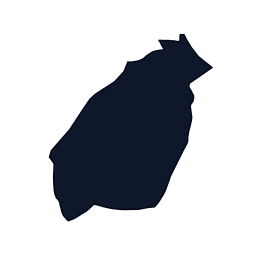 Sirwah, Ma'rib, Yemen, rotated 100°
{"feature_id": "15242507B46939016303647", "entity_name": "Sirwah", "entity_type": "district", "adm_level": 2, "iso_a3": "YEM", "parent_name": "Yemen", "parent_adm1": "Ma'rib", "projection": "equal_earth", "projection_center": [45.022, 15.441], "detail": "fine", "context": "isolated", "style": "filled", "palette": "ink", "viewbox_px": 256, "rotation_deg": 100, "n_neighbors": 0, "source": "geoboundaries", "source_scale": "gbopen_adm2", "svg_char_len": 4121}
<svg xmlns="http://www.w3.org/2000/svg" viewBox="0 0 256 256"><g transform="rotate(100 128 128)"><path d="M63.1,139.6L63.7,139.7L72.0,141.4L73.0,141.6L84.9,149.2L86.5,151.0L91.8,156.7L100.3,165.8L106.1,170.3L114.0,173.9L117.8,175.6L139.7,185.0L157.6,195.9L163.8,199.5L164.7,199.6L170.2,200.2L174.6,195.8L175.7,194.8L176.8,194.3L179.3,194.0L184.3,193.3L187.4,193.0L191.7,192.2L198.8,190.6L202.8,189.5L205.8,188.3L208.1,187.0L209.0,186.4L209.3,186.1L209.8,185.3L210.5,184.5L211.2,183.8L211.5,183.5L212.0,183.1L212.8,182.6L213.6,182.1L214.4,181.8L215.2,181.5L216.0,181.2L216.8,180.8L217.6,180.4L218.5,180.0L219.3,179.7L220.2,179.3L221.0,178.9L221.8,178.5L222.6,178.1L223.3,177.7L224.1,177.2L224.9,176.6L225.6,176.0L226.2,175.3L226.8,174.5L227.4,173.8L228.0,173.1L228.7,172.3L229.2,171.5L229.6,170.6L229.5,170.4L228.9,169.6L228.4,168.7L227.9,167.7L227.4,166.9L226.8,166.0L226.2,165.1L225.4,164.1L224.7,163.4L224.2,162.7L223.5,162.0L222.9,161.3L222.2,160.5L221.5,159.8L220.8,159.1L220.2,158.4L219.5,157.6L218.8,156.8L218.1,156.0L217.3,155.1L216.6,154.4L215.8,153.7L215.1,153.1L214.3,152.4L213.5,151.8L212.7,151.3L211.9,150.6L211.2,150.1L210.4,149.5L209.6,148.9L208.9,148.4L208.9,147.3L208.9,146.1L209.0,144.9L209.1,143.7L209.1,142.7L209.3,141.5L209.4,140.5L209.6,139.1L209.7,137.8L209.7,136.6L209.8,135.5L209.8,134.4L209.9,133.1L210.0,131.9L209.9,130.6L209.9,129.5L209.9,128.2L209.8,127.1L209.7,125.8L209.6,124.6L209.6,123.4L209.5,122.3L209.3,120.8L209.2,119.6L209.0,118.2L208.8,117.1L208.6,116.0L208.4,114.9L208.1,113.6L207.9,112.5L207.7,111.2L207.4,110.1L207.2,108.9L207.0,107.9L206.9,107.4L206.8,106.7L206.5,105.4L206.3,104.3L206.0,103.2L205.7,102.3L205.3,101.3L204.9,100.2L204.4,99.0L204.0,97.9L203.5,96.6L203.1,95.5L202.7,94.4L202.4,93.3L202.1,92.2L201.8,91.2L201.4,89.9L201.1,88.8L201.0,88.2L200.8,88.1L200.0,87.6L199.2,87.1L198.4,86.6L197.6,86.2L196.9,85.9L196.1,85.5L195.4,85.0L194.6,84.7L193.7,84.3L192.8,83.9L192.0,83.6L191.2,83.4L190.4,83.0L189.5,82.6L188.6,82.2L187.9,82.0L186.9,81.6L186.1,81.4L185.2,81.1L184.4,80.9L183.6,80.7L182.7,80.4L181.9,80.3L181.1,80.1L180.2,80.0L179.4,79.9L178.6,79.7L177.8,79.5L177.0,79.4L176.2,79.3L175.3,79.1L174.4,79.0L173.6,78.8L172.7,78.6L171.8,78.5L170.9,78.3L169.8,78.3L169.0,78.2L163.0,76.5L159.0,75.3L150.0,72.6L139.3,69.5L138.3,69.1L137.4,68.8L136.5,68.5L135.6,68.2L134.8,67.9L134.0,67.6L133.1,67.4L132.2,67.2L131.2,67.1L130.3,67.1L129.4,67.2L128.4,67.3L127.6,67.5L126.6,67.6L125.6,67.7L124.8,67.7L124.0,67.7L122.9,67.8L121.9,67.7L120.9,67.7L120.0,67.7L119.1,67.6L118.1,67.5L117.2,67.4L116.2,67.3L115.3,67.3L114.4,67.2L113.6,67.2L112.8,67.2L111.8,67.1L110.8,67.0L109.8,67.0L108.8,67.0L107.9,67.1L106.8,67.2L105.9,67.3L104.9,67.6L104.1,67.9L103.0,68.2L102.0,68.6L101.2,68.8L100.4,69.1L99.5,69.3L98.7,69.6L98.0,69.9L97.8,69.9L96.8,70.3L96.0,70.5L94.9,70.5L93.8,70.3L93.0,70.0L92.2,69.6L91.4,69.2L90.5,68.9L89.7,68.7L88.6,68.7L87.8,68.7L86.7,68.8L85.8,68.9L84.8,69.2L83.9,69.8L83.1,70.4L82.3,71.1L81.6,71.5L80.8,72.1L80.0,72.7L79.4,73.3L78.6,74.0L77.8,74.7L77.1,75.3L76.2,75.5L75.3,75.4L74.3,75.4L73.5,75.6L53.9,55.8L45.3,71.5L41.6,75.5L37.7,79.8L31.0,85.7L26.4,89.1L26.6,90.4L27.0,92.5L28.0,92.7L28.1,92.8L28.9,92.5L29.2,92.5L31.7,92.2L32.1,91.9L32.4,91.9L32.7,92.0L33.1,92.1L33.8,92.6L34.2,93.2L34.3,93.8L34.3,95.0L34.3,96.0L34.3,97.1L34.4,98.1L34.4,99.2L34.8,100.7L34.8,101.8L34.8,103.0L35.0,104.3L35.2,105.3L35.4,106.3L35.6,107.5L35.8,108.5L35.9,109.6L36.0,110.7L36.2,111.8L36.4,112.6L36.6,112.5L37.3,111.6L38.0,110.9L38.8,110.3L39.1,110.2L39.7,109.8L40.4,109.4L41.1,108.7L41.9,108.1L42.5,107.5L43.3,106.7L44.0,106.2L44.8,106.6L45.2,107.5L45.5,108.5L45.8,109.5L46.1,110.4L46.5,111.4L46.8,112.5L47.2,113.4L47.3,113.6L47.6,114.5L48.0,115.4L48.5,116.4L49.1,117.2L49.7,117.9L49.8,118.0L50.4,118.7L51.1,119.3L51.4,119.7L51.7,120.1L52.5,120.9L53.1,121.6L53.8,122.2L54.4,122.8L55.1,123.3L55.9,123.8L56.1,124.0L56.6,124.4L57.0,124.8L57.3,125.1L58.0,126.1L58.5,126.9L59.1,127.7L59.7,128.5L60.2,129.5L60.6,130.5L60.9,131.2L61.0,131.5L61.4,132.5L61.7,133.6L62.1,134.6L62.4,135.5L62.7,136.8L63.0,137.9L63.1,139.2L63.1,139.6Z" fill="#0f172a" stroke="#020617" stroke-width="1.5"/></g></svg>